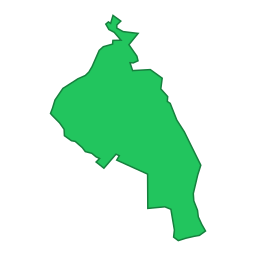 outline of Kiziltepa, Navoi, Uzbekistan
{"feature_id": "79887680B30897386041175", "entity_name": "Kiziltepa", "entity_type": "district", "adm_level": 2, "iso_a3": "UZB", "parent_name": "Uzbekistan", "parent_adm1": "Navoi", "projection": "natural_earth1", "projection_center": [64.933, 39.801], "detail": "fine", "context": "isolated", "style": "filled", "palette": "green", "viewbox_px": 256, "rotation_deg": 0, "n_neighbors": 0, "source": "geoboundaries", "source_scale": "gbopen_adm2", "svg_char_len": 1000}
<svg xmlns="http://www.w3.org/2000/svg" viewBox="0 0 256 256"><path d="M96.0,156.8L99.6,158.5L96.1,162.0L103.9,168.2L116.0,154.2L119.3,155.7L116.7,160.1L147.6,174.1L147.8,208.4L164.9,206.8L170.9,209.3L174.4,230.0L173.6,237.1L178.3,240.6L185.9,238.2L194.2,236.3L199.4,235.4L205.5,231.0L201.7,224.3L200.6,221.9L198.3,216.9L197.5,210.3L193.8,200.9L193.3,193.5L197.7,175.0L200.8,165.2L190.8,145.0L184.3,131.8L176.8,120.1L170.2,103.4L167.3,101.4L167.7,96.6L160.8,88.9L162.2,78.2L150.3,69.6L132.6,70.6L130.0,62.7L133.3,62.9L138.0,60.8L136.9,56.2L128.9,44.7L138.1,33.4L132.3,32.7L123.1,31.6L116.8,28.1L116.8,25.0L120.8,21.1L113.0,15.4L110.6,23.4L108.4,21.9L105.8,24.1L108.9,29.5L114.2,32.3L121.0,40.2L112.9,40.4L112.6,44.1L103.3,46.7L99.2,50.4L92.1,66.6L88.9,72.0L85.3,75.5L77.9,78.8L71.7,82.8L62.9,88.4L55.0,100.0L52.5,108.2L50.5,113.5L52.5,115.7L59.6,122.9L64.1,129.3L64.4,135.7L71.4,140.7L75.2,141.4L82.3,147.6L85.3,151.6L91.8,153.3L96.0,156.8Z" fill="#22c55e" stroke="#15803d" stroke-width="1.5"/></svg>